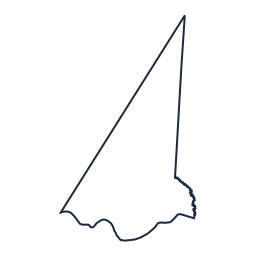 Puerto Nariño, Amazonas, Colombia
{"feature_id": "7082276B14998951172946", "entity_name": "Puerto Nariño", "entity_type": "district", "adm_level": 2, "iso_a3": "COL", "parent_name": "Colombia", "parent_adm1": "Amazonas", "projection": "albers", "projection_center": [-70.424, -3.539], "detail": "fine", "context": "isolated", "style": "outline", "palette": "slate", "viewbox_px": 256, "rotation_deg": 0, "n_neighbors": 0, "source": "geoboundaries", "source_scale": "gbopen_adm2", "svg_char_len": 4998}
<svg xmlns="http://www.w3.org/2000/svg" viewBox="0 0 256 256"><path d="M194.0,218.2L194.3,216.7L194.3,216.3L194.3,216.1L194.6,215.8L195.0,215.4L195.1,215.1L194.7,214.8L194.4,214.8L194.2,214.6L194.1,214.3L194.3,214.0L194.5,214.0L194.6,214.3L194.8,214.4L195.0,214.4L195.3,214.1L195.3,213.8L195.3,213.6L195.3,213.3L195.4,212.6L195.3,212.2L195.0,211.8L194.8,211.7L194.6,211.7L194.4,211.9L194.2,211.9L194.1,211.6L193.9,211.5L193.8,211.4L193.8,211.0L193.9,210.9L194.2,210.9L194.4,210.7L194.2,210.5L194.0,210.4L193.8,210.3L193.5,210.2L193.4,210.1L193.3,209.8L193.3,209.5L193.4,209.0L193.5,208.9L193.8,208.9L193.8,209.0L193.7,209.3L193.8,209.5L194.0,209.4L194.4,209.4L194.8,209.4L195.0,209.2L195.0,208.9L195.2,208.6L195.3,208.5L195.4,208.4L195.2,208.1L195.1,207.8L195.1,207.6L195.2,207.3L195.2,206.8L195.3,206.6L195.3,206.2L195.1,205.8L194.7,205.7L194.3,205.4L194.1,205.6L194.0,205.8L194.0,206.0L193.9,206.3L193.7,206.1L193.7,205.9L193.8,205.7L193.6,205.4L193.0,205.4L192.6,205.3L192.5,205.2L192.8,205.0L192.8,204.9L192.7,204.8L192.4,204.7L192.5,204.2L192.5,203.8L192.6,203.7L192.9,203.8L193.0,203.9L193.3,203.8L193.3,203.2L193.2,203.2L193.0,202.9L193.1,202.7L193.4,202.6L193.3,202.4L193.2,202.3L193.1,202.5L192.9,202.5L192.8,202.4L192.9,202.1L192.9,201.9L192.9,201.7L193.0,201.7L193.3,201.6L193.5,201.3L193.6,201.0L193.7,200.8L193.9,200.6L194.2,200.6L194.4,200.6L194.7,200.3L194.8,200.1L194.7,199.8L194.4,200.1L193.9,200.2L193.7,200.1L193.8,199.9L194.0,199.6L194.0,199.3L194.2,199.0L194.2,198.6L194.4,198.2L194.4,197.9L194.3,197.7L194.2,197.7L194.1,197.8L194.0,198.2L193.8,198.3L193.6,198.3L193.4,198.1L193.4,197.7L193.4,197.3L193.7,196.5L193.7,196.4L193.6,196.1L193.2,195.8L192.9,195.8L192.7,195.9L192.5,196.2L192.4,196.2L192.4,195.8L192.5,195.5L192.5,195.3L192.3,195.0L192.3,194.5L192.3,194.3L192.2,194.3L192.0,194.2L192.0,194.3L191.9,194.4L191.9,194.6L192.0,194.8L192.0,195.0L191.4,195.2L191.3,195.3L191.1,195.5L190.8,195.5L190.7,195.3L190.7,195.1L190.8,194.9L191.0,194.7L191.4,194.5L191.6,194.2L191.8,193.8L191.7,193.4L191.5,192.9L191.3,192.6L191.2,192.5L190.9,192.6L190.4,193.0L190.2,193.0L190.0,192.9L190.2,192.6L190.6,192.3L190.8,192.0L191.3,191.6L191.6,191.2L191.8,191.0L191.9,190.9L191.8,190.6L191.6,190.3L191.2,190.2L190.8,190.2L190.8,190.3L190.9,190.5L191.1,190.4L191.2,190.5L191.3,190.6L191.2,190.7L191.0,190.9L190.8,191.0L190.6,191.1L190.4,191.0L190.4,190.9L190.4,190.7L190.5,190.5L190.5,190.4L190.4,190.3L190.2,190.3L190.0,190.2L190.2,189.8L190.3,189.6L190.3,189.3L190.2,189.0L190.0,188.9L189.8,188.9L189.7,188.8L189.7,188.5L189.9,188.3L189.7,188.2L189.2,188.2L188.8,187.9L188.7,187.7L188.7,187.4L188.4,187.4L188.2,187.3L188.2,187.0L188.2,186.9L187.8,186.6L187.7,186.4L187.4,186.5L187.2,186.8L186.9,186.7L186.9,186.3L186.9,186.2L187.1,186.1L187.1,185.8L187.0,185.6L186.8,185.5L186.1,185.5L185.9,185.5L185.7,185.4L185.7,185.0L185.5,184.9L185.4,184.9L185.4,184.7L185.5,184.4L185.4,184.2L185.0,184.2L184.8,184.5L184.7,184.5L184.6,184.4L184.7,184.2L184.5,183.8L184.3,183.8L184.1,183.9L184.0,184.0L183.9,184.3L183.8,184.2L183.7,184.1L183.6,183.9L183.2,183.7L183.3,183.0L183.2,182.7L182.9,182.9L182.7,182.9L182.4,182.9L182.1,182.9L181.9,182.6L181.8,182.2L181.6,181.7L181.5,181.8L181.5,182.0L181.3,182.0L181.1,182.0L180.9,181.8L180.7,181.8L180.3,181.5L180.3,181.4L180.2,181.2L179.7,180.8L179.8,180.6L180.0,180.5L180.0,180.4L179.9,180.3L179.9,180.2L179.6,180.2L179.4,179.8L179.0,179.8L178.9,179.8L178.8,179.5L178.7,179.3L178.7,179.0L178.4,179.0L178.2,179.0L177.7,178.9L177.7,178.6L177.7,178.4L177.7,178.2L177.5,178.3L177.4,178.5L177.2,178.5L177.1,178.4L177.3,177.9L177.2,177.7L176.8,177.7L176.6,177.5L176.4,177.5L176.2,177.6L176.1,177.9L175.9,177.9L175.6,178.0L175.2,178.0L175.0,177.8L181.2,69.7L184.8,15.4L60.6,212.7L60.9,212.7L61.1,212.6L62.0,212.1L62.4,212.0L64.3,211.6L64.8,211.5L66.1,211.5L66.4,211.5L68.9,211.9L69.2,212.0L69.7,212.2L70.6,212.7L71.3,213.3L73.6,215.5L76.1,218.5L77.1,220.0L77.8,221.0L78.4,221.7L79.5,223.2L79.7,223.4L80.4,224.0L80.9,224.2L81.6,224.4L82.4,224.6L83.5,224.7L84.6,224.7L86.3,224.7L87.2,224.7L87.9,224.7L88.6,224.8L88.8,224.9L89.1,225.1L89.5,225.5L90.4,227.0L90.5,227.1L91.0,227.3L91.9,227.3L92.4,227.3L92.9,227.1L93.3,227.0L93.6,226.8L94.1,226.3L94.7,225.7L95.7,224.4L96.4,223.4L97.7,222.4L100.5,220.6L101.0,220.4L101.9,220.0L102.7,219.7L103.4,219.6L104.1,219.5L104.6,219.6L105.0,219.7L106.6,220.3L107.9,221.0L109.7,222.2L110.9,223.3L111.7,224.4L112.8,226.2L113.7,228.7L114.1,230.0L114.3,230.5L114.5,231.0L114.9,231.6L115.4,232.3L115.6,232.6L116.4,234.6L116.6,235.1L117.1,235.9L118.5,237.5L120.5,239.9L124.1,240.6L128.2,240.3L135.3,239.4L140.6,237.5L147.7,233.6L154.5,227.8L155.0,227.2L155.3,226.8L156.4,225.2L157.4,223.9L157.8,223.5L158.2,223.2L158.7,223.0L159.2,222.8L159.9,222.7L160.9,222.5L164.8,222.8L168.9,222.4L169.6,222.3L170.3,222.0L170.9,221.7L171.4,221.4L171.6,221.1L172.1,220.5L172.3,220.3L173.6,219.1L174.3,218.5L177.0,215.4L177.8,214.7L178.6,214.2L180.8,214.3L183.2,214.9L188.5,216.6L194.0,218.2Z" fill="none" stroke="#1e293b" stroke-width="2"/></svg>